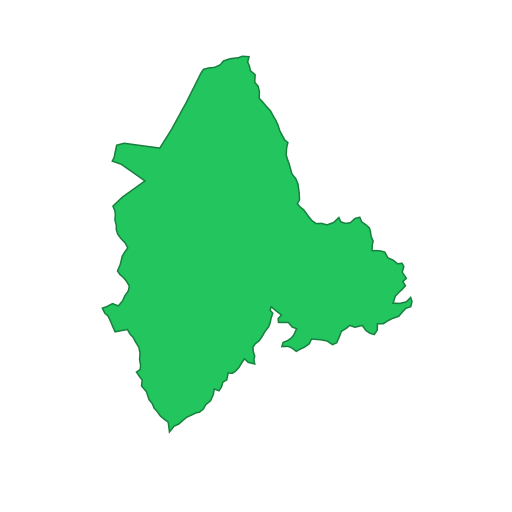 Pouso Redondo, Santa Catarina, Brazil, rotated 284°
{"feature_id": "56859067B55889942630825", "entity_name": "Pouso Redondo", "entity_type": "district", "adm_level": 2, "iso_a3": "BRA", "parent_name": "Brazil", "parent_adm1": "Santa Catarina", "projection": "mercator", "projection_center": [-49.991, -27.303], "detail": "fine", "context": "isolated", "style": "filled", "palette": "green", "viewbox_px": 512, "rotation_deg": 284, "n_neighbors": 0, "source": "geoboundaries", "source_scale": "gbopen_adm2", "svg_char_len": 2861}
<svg xmlns="http://www.w3.org/2000/svg" viewBox="0 0 512 512"><g transform="rotate(284 256 256)"><path d="M373.8,259.5L375.5,255.8L378.4,253.2L383.1,248.9L388.4,245.6L392.8,242.1L395.5,239.3L400.1,235.2L404.7,228.4L407.7,224.3L409.7,221.0L416.4,219.5L421.2,217.0L424.2,212.8L431.7,211.3L434.5,205.7L438.6,203.7L442.2,201.0L447.7,201.0L446.5,194.4L444.1,190.9L441.2,183.2L437.4,177.2L433.0,175.2L429.0,170.2L427.0,164.6L424.5,159.9L420.3,158.4L386.8,150.9L382.1,149.6L358.3,143.4L337.4,136.5L333.5,100.8L329.8,94.0L317.2,94.5L313.3,93.6L312.4,103.1L302.0,130.1L281.1,112.3L269.8,105.1L265.6,108.2L261.5,109.7L257.0,110.3L252.0,113.0L247.7,114.1L243.8,116.5L240.3,120.6L236.9,126.1L232.8,129.6L228.1,127.7L223.7,126.3L214.5,126.3L208.0,125.2L205.2,128.3L202.9,132.7L200.0,136.7L196.0,140.4L191.1,140.5L185.4,138.3L180.2,137.4L174.3,134.5L175.1,128.3L170.8,123.4L168.2,119.5L163.9,123.2L162.1,126.8L158.8,129.6L153.9,133.3L148.3,137.6L153.6,149.0L149.6,152.8L147.4,156.4L143.7,159.7L139.1,164.4L133.6,167.0L127.3,168.1L121.6,170.6L117.8,171.0L114.5,168.1L111.3,171.6L108.0,175.6L102.3,176.3L97.8,182.5L90.7,187.0L87.7,191.0L83.6,194.1L81.3,197.6L77.7,201.8L75.5,206.2L73.6,210.9L70.0,212.4L64.3,214.6L71.1,217.7L74.2,221.7L78.3,224.5L82.6,227.6L86.0,231.8L89.1,235.6L90.9,239.0L94.8,242.0L99.4,243.1L104.5,246.9L111.5,248.1L116.8,247.6L116.3,252.7L120.6,254.2L125.6,254.4L128.7,257.6L135.8,257.3L136.4,261.3L139.1,263.9L143.6,266.4L148.7,267.9L153.5,269.7L150.9,274.1L150.9,280.9L154.9,279.0L158.5,279.0L162.7,276.4L166.8,275.1L170.8,276.6L174.3,279.5L179.5,281.5L185.0,283.0L190.3,285.4L194.6,285.9L199.3,285.7L204.6,286.1L206.8,282.8L210.4,283.0L207.2,289.7L204.9,295.0L200.7,292.6L197.0,293.9L198.3,299.2L199.3,303.5L195.7,308.5L195.4,313.0L188.7,311.8L185.3,310.3L181.6,307.2L178.7,303.2L174.3,303.0L176.1,309.0L175.3,313.4L173.2,318.2L175.9,320.9L178.9,324.7L183.6,328.9L188.9,330.0L190.4,339.3L190.7,345.5L188.5,351.7L191.3,355.3L197.2,356.3L203.5,357.1L208.0,361.4L211.3,363.7L210.8,369.3L214.3,375.9L210.3,380.7L208.6,385.2L208.4,389.8L213.5,391.6L219.6,390.2L221.1,396.0L224.9,399.4L228.4,403.5L232.0,409.1L236.5,411.3L241.4,414.0L244.3,418.4L249.5,418.4L253.2,416.1L247.9,412.9L244.8,407.1L243.4,400.4L250.7,400.9L255.2,403.4L258.8,405.8L263.3,408.2L266.7,404.7L270.7,407.3L275.6,401.8L281.5,402.0L284.3,399.3L282.6,395.4L285.1,390.3L286.1,384.5L291.0,379.9L291.0,375.2L290.3,371.2L289.2,367.3L294.8,366.1L298.7,366.1L302.8,363.0L307.4,361.1L310.7,359.2L312.7,355.5L314.7,350.3L318.7,347.3L316.4,343.0L311.1,339.5L309.3,334.9L309.7,330.0L313.4,327.1L307.4,323.3L303.4,317.4L303.5,311.6L302.0,306.7L303.8,301.8L307.4,297.0L312.3,291.2L314.2,287.1L316.6,283.5L321.2,284.6L327.8,282.6L336.0,279.3L340.8,275.8L344.2,271.1L349.6,268.0L353.4,265.9L356.4,263.8L361.4,260.8L368.9,259.5L373.8,259.5Z" fill="#22c55e" stroke="#15803d" stroke-width="1.5"/></g></svg>